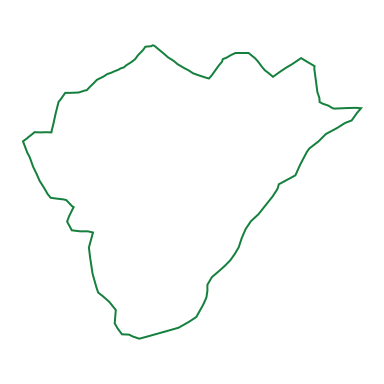 Al-Hamdaniya, Ninawa, Iraq
{"feature_id": "34846034B85609080446552", "entity_name": "Al-Hamdaniya", "entity_type": "district", "adm_level": 2, "iso_a3": "IRQ", "parent_name": "Iraq", "parent_adm1": "Ninawa", "projection": "robinson", "projection_center": [43.429, 36.19], "detail": "fine", "context": "isolated", "style": "outline", "palette": "green", "viewbox_px": 384, "rotation_deg": 0, "n_neighbors": 0, "source": "geoboundaries", "source_scale": "gbopen_adm2", "svg_char_len": 1885}
<svg xmlns="http://www.w3.org/2000/svg" viewBox="0 0 384 384"><path d="M226.5,57.7L222.8,59.1L222.0,61.7L218.5,65.9L215.0,70.8L211.7,75.4L209.0,78.5L206.3,77.8L197.8,75.0L193.1,73.3L188.5,70.3L184.0,68.0L177.6,64.2L173.7,60.9L168.1,57.4L163.9,53.7L158.8,49.5L154.4,45.8L152.6,45.3L151.3,46.2L147.6,46.5L145.4,46.7L143.1,50.0L138.1,55.1L135.0,59.3L130.9,62.4L126.4,65.2L123.7,67.5L120.6,68.4L118.3,69.8L114.6,71.2L110.9,72.9L107.4,74.0L103.4,76.6L101.0,77.8L96.8,79.9L93.3,83.6L89.8,86.9L86.9,90.1L84.6,90.6L78.7,92.5L69.4,92.9L66.3,92.9L65.2,92.9L59.9,100.4L58.6,101.8L55.8,112.8L53.3,124.2L51.8,130.3L51.4,132.4L45.9,132.2L40.7,132.4L34.5,132.2L31.8,134.5L27.9,137.5L27.5,138.0L25.1,139.8L23.0,141.3L24.2,144.5L27.3,152.7L29.6,156.9L33.1,166.7L36.4,173.5L39.7,181.0L44.3,188.2L47.6,194.0L50.7,197.8L57.3,198.7L63.5,199.4L66.3,200.1L72.1,206.2L73.6,207.1L69.2,216.0L67.1,221.6L71.8,230.3L79.8,231.3L87.8,231.3L93.0,232.5L91.2,239.1L88.9,247.5L90.2,258.1L92.5,273.3L93.1,275.7L96.4,287.3L98.2,292.6L102.6,296.0L109.3,301.9L115.8,310.0L114.7,323.4L117.6,328.4L122.0,334.3L129.0,334.6L132.8,336.5L139.3,338.7L146.7,336.7L169.9,330.2L178.6,327.7L189.0,321.8L196.3,317.0L203.2,304.7L206.4,297.5L207.4,290.9L207.4,284.8L211.9,277.1L219.3,270.8L225.5,265.2L230.5,260.0L234.8,253.9L238.7,247.3L241.7,238.2L245.6,229.1L250.9,221.2L258.4,214.3L272.8,196.2L277.4,189.0L278.0,187.3L278.8,184.3L295.4,175.3L300.3,164.4L306.9,151.9L309.4,148.4L318.5,141.4L325.9,134.0L337.1,128.0L345.0,123.0L351.6,120.5L356.9,113.1L361.0,108.2L356.8,107.9L352.7,107.9L345.8,108.1L334.5,108.6L332.8,108.3L328.1,105.5L322.7,103.7L319.6,102.0L319.4,98.1L317.4,92.2L316.1,82.2L314.3,68.9L314.5,66.1L307.3,61.9L301.1,58.1L291.6,64.5L286.4,67.5L280.4,71.5L273.0,76.8L268.6,73.1L264.9,70.3L262.3,67.3L257.9,61.4L255.2,58.4L248.6,53.0L235.4,53.0L230.9,55.1L226.5,57.7Z" fill="none" stroke="#15803d" stroke-width="2"/></svg>